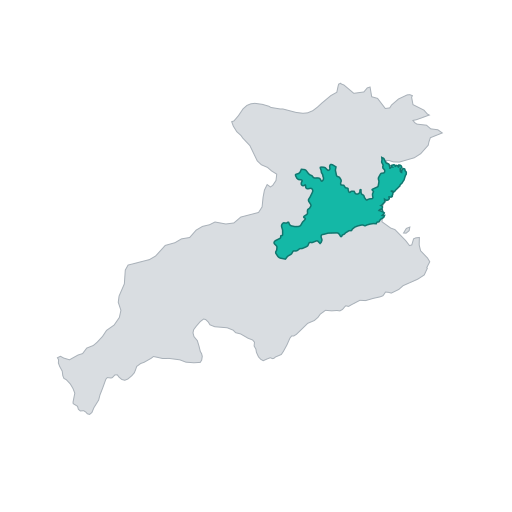 North Korea, with P'yŏngan-namdo highlighted, rotated 193°
{"feature_id": "PRK-3313", "entity_name": "P'yŏngan-namdo", "entity_type": "Province", "adm_level": 1, "iso_a3": "PRK", "parent_name": "North Korea", "parent_adm1": "", "projection": "albers", "projection_center": [126.179, 39.498], "detail": "fine", "context": "in_parent", "style": "filled", "palette": "teal", "viewbox_px": 512, "rotation_deg": 193, "n_neighbors": 0, "source": "natural_earth", "source_scale": "10m", "svg_char_len": 9278}
<svg xmlns="http://www.w3.org/2000/svg" viewBox="0 0 512 512"><g transform="rotate(193 256 256)"><path d="M309.9,381.4L307.9,382.6L304.7,388.7L301.7,396.5L298.7,400.7L295.3,403.1L291.5,404.5L283.9,405.2L277.1,404.8L274.9,404.1L265.5,404.7L262.9,405.3L249.4,404.9L242.4,405.6L237.9,407.1L233.4,410.3L229.5,415.0L226.1,420.0L219.1,429.2L214.1,433.7L214.2,440.1L214.1,442.1L212.3,443.4L211.7,442.8L208.8,442.4L197.3,436.5L187.8,440.1L185.4,444.8L182.9,446.3L179.1,437.2L173.0,436.9L163.2,428.8L159.0,430.4L157.9,433.6L152.5,441.0L144.9,447.0L142.4,447.8L139.7,447.4L140.1,445.7L137.1,438.8L125.2,435.9L121.0,432.9L118.9,432.3L130.5,424.8L133.6,423.4L131.3,421.6L128.9,420.7L119.3,421.8L114.4,419.2L107.2,419.9L102.2,417.8L112.7,410.5L113.2,406.0L113.1,402.7L118.5,392.8L123.9,387.3L137.6,379.7L143.5,378.6L147.8,379.0L151.4,378.3L147.7,375.3L144.1,373.9L137.0,374.1L129.8,369.5L129.2,364.8L143.6,334.9L143.8,332.2L141.7,324.9L141.0,317.7L131.0,313.5L126.6,313.0L113.8,304.8L108.8,300.7L106.7,301.8L106.3,308.2L104.4,309.6L101.0,310.8L99.5,303.5L96.8,298.1L88.4,292.6L85.4,289.5L87.0,283.1L86.3,282.6L87.8,275.4L93.1,269.9L106.0,260.2L109.3,255.6L115.8,250.3L118.7,250.4L121.7,250.0L122.6,247.6L123.4,245.8L125.9,244.1L132.2,241.1L139.2,237.2L144.8,236.2L151.7,230.3L154.5,227.7L157.3,227.7L158.1,226.5L159.7,223.4L161.9,221.4L164.9,221.1L169.9,219.6L176.1,218.7L180.3,213.8L181.8,210.2L184.6,206.3L190.5,202.0L194.5,195.7L199.0,188.8L201.2,186.6L203.3,186.1L204.5,183.5L205.9,176.2L207.9,169.1L209.2,165.7L214.3,162.0L215.6,160.3L216.8,159.7L219.2,160.1L222.3,158.0L225.4,155.6L228.1,156.4L230.9,158.3L233.9,162.2L235.2,165.3L237.6,167.9L238.1,171.7L240.4,173.4L245.3,174.1L253.4,176.6L258.6,176.7L261.6,178.6L267.9,179.6L280.3,177.8L285.4,178.6L287.6,180.9L290.8,182.8L292.9,182.8L295.6,179.5L298.4,174.2L300.2,170.1L300.1,166.9L298.3,163.5L294.1,160.3L291.3,155.4L288.7,150.3L287.1,148.7L285.8,146.2L285.5,142.4L286.4,139.8L292.5,138.0L300.4,136.8L306.8,137.7L317.4,136.7L323.9,135.1L328.8,135.1L333.3,135.0L335.2,132.7L341.2,127.2L344.2,125.3L347.4,121.6L347.8,117.8L348.3,114.8L350.1,111.4L353.2,107.3L355.9,105.4L359.0,105.5L362.3,107.2L364.4,109.0L366.7,108.4L368.6,105.2L369.8,104.5L373.5,104.1L374.6,102.1L375.7,92.8L376.8,85.5L376.9,80.3L379.8,71.8L380.7,66.6L382.5,64.2L384.8,64.3L386.8,65.7L389.2,66.5L392.3,65.5L394.6,66.7L396.1,69.4L400.9,71.0L401.4,72.4L401.7,81.6L404.5,85.7L408.1,89.5L413.0,92.8L415.6,93.5L417.3,95.9L418.9,100.2L422.5,104.3L424.5,107.3L425.0,110.5L426.6,112.2L424.0,114.3L420.4,113.3L414.4,112.9L407.1,119.5L403.0,121.9L400.2,128.2L394.4,132.2L391.4,136.2L387.4,143.2L384.9,149.9L378.7,156.8L375.3,165.4L375.4,172.7L379.8,179.9L380.4,186.2L378.0,199.2L380.2,212.9L378.6,218.4L358.9,228.6L353.8,233.4L346.8,245.9L338.0,250.7L332.5,255.9L324.8,259.1L320.1,267.8L314.8,272.8L308.3,276.0L303.6,279.9L292.6,280.4L285.0,283.2L279.6,290.5L263.3,299.0L261.1,305.2L262.3,314.7L262.6,322.1L261.2,328.1L257.5,326.5L255.6,328.5L253.5,334.1L254.2,340.4L260.0,342.4L264.7,344.9L271.3,346.1L276.2,349.0L286.8,362.2L295.4,367.9L297.7,370.0L302.7,372.8L307.3,377.4L309.9,381.4ZM115.7,316.7L112.6,318.8L112.5,315.1L114.9,312.0L117.4,311.6L115.7,316.7Z" fill="#d9dde1" stroke="#a8b0b8" stroke-width="1"/><path d="M155.6,380.3L155.0,380.1L153.9,380.0L153.3,379.7L150.8,376.5L149.9,375.8L149.1,375.6L147.8,375.6L147.1,375.3L146.8,374.8L145.4,372.1L145.4,371.7L144.9,371.8L144.5,372.7L144.1,373.2L143.3,373.3L143.8,373.6L144.3,374.1L144.6,374.6L143.8,375.1L142.1,376.0L141.2,375.7L140.6,374.7L140.2,374.7L139.9,375.7L139.4,375.9L137.9,375.7L137.7,375.0L137.4,374.7L137.1,374.7L136.9,375.1L137.0,375.6L137.5,376.2L137.5,376.7L136.7,376.9L135.8,376.9L135.0,376.6L134.3,375.9L133.9,375.1L134.1,374.5L135.2,373.2L134.5,372.7L134.7,372.0L134.5,371.1L133.8,370.4L132.9,370.2L133.2,372.0L132.4,374.3L130.8,374.3L130.2,373.4L129.9,372.6L129.1,372.1L128.4,371.5L128.0,369.6L128.4,368.4L128.6,367.2L128.9,363.3L129.6,361.6L130.1,359.9L131.1,358.5L131.7,357.3L131.6,356.5L132.4,355.4L133.6,353.4L134.6,352.0L135.1,350.8L135.7,349.8L138.2,349.9L139.3,349.6L136.4,349.1L136.8,348.1L136.8,347.6L136.6,347.2L136.7,346.7L136.7,346.1L136.8,345.6L137.0,345.3L137.1,345.0L136.7,344.6L137.2,344.0L137.8,343.7L139.2,343.7L139.8,343.5L139.6,342.9L139.2,342.3L139.0,341.7L139.9,340.3L141.1,339.7L142.4,339.8L143.6,340.3L143.3,339.2L142.8,338.6L142.7,337.9L144.8,334.0L145.6,333.3L144.7,333.2L144.0,332.6L143.7,331.6L144.1,330.4L143.8,330.1L143.4,329.4L144.1,329.7L144.4,330.0L145.6,329.3L146.1,328.7L146.4,328.0L145.2,328.0L141.8,327.4L140.7,326.9L140.9,325.9L142.2,323.9L141.6,323.9L141.0,324.0L139.9,324.4L140.2,322.5L141.0,321.5L142.0,320.6L143.0,319.5L143.3,318.7L143.6,317.7L144.0,316.9L145.5,316.3L146.0,315.5L146.1,314.5L149.0,314.0L152.2,312.7L155.1,311.1L156.2,310.1L156.6,310.0L157.1,309.9L158.2,310.2L159.2,310.2L160.2,309.9L163.6,308.2L166.2,306.4L168.1,304.0L168.3,303.5L168.6,302.4L168.9,302.1L170.7,301.7L171.2,301.5L172.6,300.0L173.6,299.1L174.1,298.5L174.7,297.4L175.4,296.7L176.1,296.3L176.6,295.9L176.8,294.8L177.0,294.4L177.4,294.0L177.7,294.0L178.0,294.1L179.4,295.6L180.5,296.4L181.2,296.7L182.1,296.8L190.9,294.5L194.8,292.4L196.0,291.9L196.6,291.5L196.9,291.1L197.0,290.7L197.0,289.8L196.9,289.4L196.7,288.9L195.5,286.9L195.3,286.1L195.4,285.2L195.6,283.9L196.4,282.6L198.8,284.2L199.2,284.4L200.1,284.5L200.7,284.2L204.0,281.9L204.6,281.6L206.3,281.5L206.7,281.2L207.1,280.9L207.4,280.1L207.7,278.2L208.0,277.4L209.1,276.3L212.5,273.8L213.5,273.4L214.8,273.1L215.2,272.8L215.6,272.3L216.8,270.8L217.6,270.2L218.5,269.8L220.2,269.5L220.6,269.3L221.0,268.8L221.3,267.9L221.8,266.2L222.5,265.3L224.5,263.5L225.3,262.5L226.6,259.6L231.6,259.4L232.4,259.5L233.4,259.8L234.1,260.2L234.6,260.5L237.3,263.1L237.5,263.5L237.7,264.3L237.6,265.0L237.3,265.8L237.2,266.3L237.4,268.4L237.6,269.4L238.0,270.1L238.5,270.6L240.6,271.9L241.1,272.4L241.4,272.9L241.4,273.3L241.3,274.2L241.1,274.5L240.6,275.3L236.6,278.6L236.4,278.9L236.2,279.3L236.2,279.8L236.4,281.1L236.2,281.4L235.1,281.9L234.9,282.2L234.9,283.0L235.1,283.9L235.8,286.8L236.0,287.4L237.7,290.4L237.9,291.1L238.0,291.8L237.8,292.7L237.3,293.8L237.0,294.1L236.7,294.4L236.4,294.6L234.2,294.8L233.8,294.9L233.4,295.1L233.0,295.7L232.3,296.2L231.7,296.1L231.5,295.8L230.7,294.6L230.1,294.0L229.1,293.5L228.2,293.3L224.7,293.4L221.6,294.2L220.5,294.7L219.8,295.3L219.4,295.8L219.2,296.4L218.3,299.4L218.1,299.8L217.2,301.2L216.4,302.7L216.3,303.3L216.5,303.7L216.8,303.9L217.9,304.2L218.1,304.4L218.3,304.8L218.2,305.2L218.1,305.5L215.9,307.9L215.5,308.6L215.4,309.1L215.5,309.6L216.0,311.2L216.1,312.6L215.9,313.1L215.6,313.5L214.8,314.3L214.4,315.0L214.0,316.3L213.8,317.1L213.8,317.7L214.2,318.4L214.8,319.1L216.9,321.1L217.2,321.6L217.5,322.3L217.5,322.8L217.4,323.3L216.6,325.5L215.5,330.2L215.3,331.5L215.3,332.3L215.5,332.7L216.0,333.5L216.7,334.1L217.5,334.3L218.2,334.2L220.4,333.2L220.8,333.1L221.6,333.1L222.0,333.2L222.5,333.5L223.0,334.1L223.6,336.0L223.8,336.3L224.2,336.3L224.5,336.1L225.1,335.4L225.5,335.2L226.3,335.0L227.1,335.2L227.4,335.4L227.8,335.7L228.1,336.2L228.3,337.0L228.3,337.5L228.3,338.0L227.9,339.4L228.0,339.8L228.3,340.1L229.1,340.4L229.5,340.4L231.1,340.1L231.9,340.1L232.4,340.3L233.6,340.9L235.4,343.0L235.6,343.4L235.8,344.0L235.6,344.4L235.3,344.7L233.0,346.0L231.9,347.7L231.3,350.7L228.2,351.1L227.0,350.9L226.2,350.4L223.3,348.0L222.5,347.6L221.7,347.2L219.9,346.9L219.5,346.8L218.3,345.8L217.2,345.2L216.3,345.2L213.6,345.9L212.8,346.0L211.9,346.0L211.5,345.9L210.7,345.4L210.4,345.1L209.5,344.0L209.1,343.7L208.6,343.8L208.1,344.3L207.7,345.2L207.6,345.8L207.6,346.3L207.8,347.2L207.9,347.5L208.7,348.7L209.1,349.8L209.6,350.6L210.9,351.9L211.1,352.2L211.8,354.1L212.5,355.2L212.9,355.7L213.1,356.1L213.3,356.8L212.9,357.1L212.1,357.4L210.1,357.7L209.1,357.7L208.4,357.6L205.6,355.8L205.2,355.6L204.8,355.7L204.3,356.0L203.7,356.9L203.6,357.5L203.6,357.9L204.0,358.6L204.2,359.3L204.4,360.0L204.4,360.7L204.3,361.2L204.2,361.5L203.6,362.1L202.0,362.1L198.1,360.8L198.0,358.0L197.8,357.1L195.7,352.6L195.4,352.2L194.9,351.9L192.5,351.5L192.1,351.2L190.7,349.8L190.1,349.0L189.9,348.3L189.8,347.6L190.0,346.9L189.9,346.1L189.7,345.1L189.3,344.5L188.4,344.4L186.8,344.6L186.3,344.6L184.2,342.6L182.3,342.7L181.6,342.5L181.4,342.3L181.1,341.2L180.3,339.8L179.8,339.2L179.0,339.0L178.6,339.2L178.2,340.0L177.8,340.4L177.1,340.7L174.9,341.1L173.4,339.3L172.9,339.1L172.5,339.0L172.0,339.0L170.7,339.3L170.1,339.9L169.7,340.3L169.4,341.0L169.2,342.0L169.5,343.4L169.4,344.0L169.2,344.2L168.7,344.2L168.5,343.8L168.3,342.8L167.8,341.2L167.2,340.3L166.9,340.0L165.2,339.5L164.7,339.2L164.3,338.8L163.5,337.4L161.8,335.9L161.0,335.4L160.5,335.5L159.9,336.1L158.2,337.2L155.9,337.9L155.4,338.4L155.3,338.7L155.2,339.4L155.8,340.5L156.3,342.0L156.4,342.5L156.4,343.2L156.0,344.9L156.0,345.2L156.2,345.4L157.7,346.5L157.8,346.7L157.8,346.9L157.5,347.3L153.1,350.7L152.8,351.2L152.7,351.8L152.9,355.8L153.2,356.9L153.6,357.5L153.9,358.1L154.3,359.4L154.2,360.2L153.3,363.4L152.8,364.5L152.2,364.9L150.5,365.5L150.2,365.7L149.7,366.3L149.6,366.8L149.6,367.3L149.9,368.5L150.2,368.9L150.6,369.2L151.3,369.6L152.1,370.2L152.6,371.5L152.5,372.5L152.8,373.5L153.5,374.3L154.5,375.4L154.7,375.8L154.8,376.3L154.9,378.2L155.6,380.3Z" fill="#14b8a6" stroke="#0f766e" stroke-width="1.5"/></g></svg>